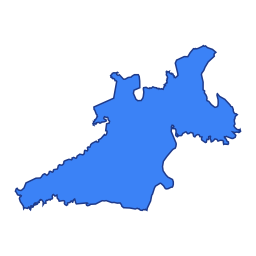 Nanumba South, Northern, Ghana
{"feature_id": "2480657B24752518727633", "entity_name": "Nanumba South", "entity_type": "district", "adm_level": 2, "iso_a3": "GHA", "parent_name": "Ghana", "parent_adm1": "Northern", "projection": "natural_earth1", "projection_center": [0.077, 8.766], "detail": "fine", "context": "isolated", "style": "filled", "palette": "blue", "viewbox_px": 256, "rotation_deg": 0, "n_neighbors": 0, "source": "geoboundaries", "source_scale": "gbopen_adm2", "svg_char_len": 5815}
<svg xmlns="http://www.w3.org/2000/svg" viewBox="0 0 256 256"><path d="M17.1,188.3L16.2,188.9L15.4,191.3L16.4,192.4L17.6,194.8L19.1,195.3L20.4,195.1L21.3,195.7L20.9,196.6L19.8,197.0L19.4,198.7L20.4,201.7L23.3,206.0L23.7,208.7L24.4,207.7L27.5,208.4L28.7,207.0L29.1,207.1L29.2,208.0L30.1,207.9L29.8,209.1L30.5,209.8L31.1,207.4L30.8,206.4L31.0,205.8L32.5,206.0L32.5,207.1L32.8,207.2L33.3,206.6L33.8,204.4L34.6,203.2L36.0,202.8L35.9,203.7L34.6,204.1L34.9,205.0L37.2,204.2L37.9,203.3L38.0,202.2L39.2,202.3L39.0,201.5L39.3,200.9L40.2,200.4L40.1,199.8L40.7,199.5L41.6,199.8L43.2,201.8L43.1,204.8L44.2,203.1L45.9,203.2L45.8,201.1L46.5,200.3L47.3,200.4L49.1,199.4L50.1,200.0L50.4,199.3L52.1,198.9L52.6,197.9L52.2,196.8L52.3,196.0L52.7,194.9L53.5,194.5L55.0,196.1L56.9,195.1L57.3,198.2L58.6,199.6L59.2,201.2L63.2,200.6L64.4,201.0L64.7,202.2L64.3,203.1L64.8,204.3L66.4,205.4L67.6,204.7L67.5,203.0L69.9,202.5L71.1,201.0L71.8,201.0L72.4,202.2L72.8,202.1L73.4,200.0L74.5,199.0L74.9,199.2L74.8,200.3L75.2,200.7L75.6,202.6L76.4,203.9L86.9,202.9L87.5,203.2L86.5,203.7L86.3,204.6L86.7,205.3L87.5,205.7L88.9,205.4L90.2,204.7L90.2,204.3L95.6,204.0L102.1,200.7L104.4,200.9L106.2,200.6L111.9,202.6L114.1,202.4L117.2,203.1L120.2,203.0L121.5,204.9L121.8,206.1L123.6,207.7L129.9,208.0L135.3,209.0L137.2,208.3L138.5,208.9L138.9,208.7L140.3,210.1L140.9,210.2L142.2,210.4L143.3,209.6L145.2,209.8L145.4,209.4L146.9,210.3L147.3,208.1L150.6,201.0L151.7,195.3L152.5,194.1L154.4,188.1L155.5,186.1L160.2,183.2L161.1,183.5L163.6,185.8L165.2,188.4L166.1,188.9L168.0,188.7L171.2,187.2L172.3,187.1L172.8,186.3L173.3,184.5L173.3,181.9L172.5,179.5L167.9,177.1L165.8,174.8L163.1,170.8L162.5,166.6L163.4,161.3L166.9,156.4L172.0,150.3L173.4,149.0L175.2,148.2L175.9,146.4L176.2,144.4L176.1,143.2L171.2,131.5L171.5,127.9L171.3,127.0L172.1,125.2L173.3,125.5L173.9,126.6L173.8,127.0L172.6,127.5L172.8,128.6L175.2,128.8L175.8,129.6L176.1,131.5L175.7,135.0L176.0,135.7L177.3,136.8L177.9,136.4L177.6,134.6L178.6,135.7L181.3,135.6L182.0,135.0L182.7,133.5L185.6,131.9L186.1,131.9L187.6,133.7L188.8,133.6L190.7,132.4L192.9,133.2L193.6,136.1L194.4,136.8L195.0,136.8L195.8,135.5L197.3,134.6L198.7,134.7L199.4,135.3L199.9,136.7L202.0,137.0L201.4,139.0L201.9,140.1L205.4,142.5L206.3,142.2L207.0,139.3L208.6,139.5L208.7,136.6L210.2,136.2L210.5,136.4L210.2,138.7L210.9,140.2L211.1,141.8L211.5,141.9L213.2,140.9L215.0,138.9L217.0,139.5L218.0,141.1L220.2,140.3L222.3,140.4L223.5,141.2L223.3,142.5L223.7,144.4L224.6,144.1L228.0,144.4L228.5,143.7L228.4,141.9L227.0,141.2L226.3,139.4L224.5,137.5L224.5,136.7L225.6,136.9L226.4,136.4L231.5,138.4L232.9,138.5L235.2,137.3L235.8,135.3L232.8,132.0L234.8,132.5L236.4,132.1L239.4,132.3L240.6,131.3L240.1,129.6L239.3,131.2L239.2,129.7L237.2,129.6L234.9,127.5L234.0,126.1L234.0,125.5L235.0,124.0L234.4,121.8L234.3,119.4L234.9,118.8L235.1,117.0L235.7,116.0L237.3,114.7L236.2,113.8L234.9,113.6L233.9,112.6L233.2,110.8L233.3,109.6L232.3,106.9L230.8,106.4L230.0,104.9L224.8,99.3L219.6,96.4L217.4,93.7L217.1,94.0L217.0,95.4L218.1,99.7L218.2,103.2L217.9,105.9L216.8,106.9L214.9,107.4L211.3,104.6L208.8,101.4L207.1,100.7L206.7,99.9L207.0,98.7L206.8,97.0L205.9,94.9L204.4,92.9L204.6,90.9L203.1,89.8L203.1,82.1L201.4,74.6L201.8,73.1L203.7,70.5L205.1,67.1L208.2,61.9L214.3,56.2L214.0,55.1L214.3,53.6L215.9,52.3L212.5,49.4L207.4,47.6L205.5,45.9L204.2,46.3L203.3,45.6L202.4,46.4L197.9,48.5L195.8,48.9L195.3,48.5L194.2,49.0L193.5,48.7L190.2,52.6L187.8,56.7L184.2,56.6L176.6,60.1L175.3,63.1L177.8,73.6L177.9,75.5L176.8,76.5L175.4,77.7L174.7,77.1L174.3,77.3L174.2,75.9L173.4,75.7L173.0,74.1L172.3,73.9L171.8,73.3L171.3,74.0L169.4,72.8L169.5,72.5L169.0,72.1L169.2,71.5L168.5,71.9L166.8,71.4L166.9,72.2L166.3,72.2L166.7,73.0L166.3,74.3L166.5,75.3L167.2,76.0L167.6,77.7L167.1,78.4L167.4,78.7L167.1,79.8L166.6,80.1L167.1,82.1L166.5,82.5L166.8,83.0L164.9,84.3L165.0,85.1L164.6,85.1L164.9,85.4L164.6,85.4L164.5,86.3L164.1,86.4L164.0,87.4L163.0,88.7L163.1,89.3L162.1,89.2L161.6,88.7L160.0,89.1L159.2,88.4L158.2,88.4L158.1,88.7L157.9,88.4L156.8,88.4L156.6,87.8L154.3,87.5L152.9,86.8L151.3,88.2L149.9,87.8L149.6,88.5L147.8,88.3L146.1,87.3L143.6,87.7L143.3,88.8L143.8,92.1L143.3,96.4L142.8,98.1L141.2,100.5L137.8,100.7L135.9,99.2L133.4,93.4L134.0,90.2L139.8,87.7L139.7,81.0L139.2,76.5L138.3,74.7L134.4,74.7L132.2,76.0L131.1,77.1L128.1,77.5L125.3,79.1L123.5,79.2L119.4,74.8L118.0,75.4L116.7,74.5L116.6,73.7L116.9,72.9L117.9,72.7L117.5,72.3L115.9,72.9L113.7,72.8L112.3,73.4L111.6,74.7L110.6,75.5L111.0,76.3L110.9,77.1L111.8,77.2L111.6,77.6L112.9,78.7L113.5,78.4L114.5,79.1L115.1,80.7L116.0,80.7L116.7,81.4L113.7,98.2L93.9,107.0L94.1,109.5L94.8,110.2L96.3,114.2L97.1,114.9L97.0,116.2L97.4,116.5L95.9,119.1L94.7,119.9L94.9,120.5L93.9,121.9L93.6,121.7L93.7,122.4L92.9,123.6L93.3,124.1L93.2,124.9L93.9,125.2L93.6,124.3L94.1,123.7L95.2,123.9L95.7,123.4L95.8,123.7L96.2,123.1L96.4,123.4L96.6,122.9L97.5,122.5L99.1,122.4L99.7,123.1L100.7,123.0L101.4,122.2L104.7,121.7L106.3,120.9L105.8,119.4L104.5,119.4L103.7,118.2L104.5,116.7L106.4,117.4L107.6,117.3L108.1,118.2L108.2,119.7L109.6,121.2L109.1,123.1L106.6,123.8L105.7,130.7L106.8,130.9L107.1,132.0L106.6,133.9L105.9,135.0L104.9,135.2L104.4,134.6L101.1,138.4L98.5,139.9L98.8,140.8L98.5,141.8L97.0,142.1L96.2,141.2L92.1,143.3L90.8,144.5L89.9,147.1L88.9,147.3L88.2,146.9L87.4,147.7L87.9,149.8L87.2,150.9L85.0,150.3L84.5,150.9L84.2,153.7L82.9,154.8L79.8,154.2L77.1,156.1L76.6,157.9L75.9,158.3L73.7,157.4L72.0,158.1L72.1,159.2L71.6,159.8L68.9,159.3L65.1,160.7L64.0,161.4L63.6,163.7L62.5,164.9L61.3,165.2L59.5,164.7L58.3,165.7L57.7,168.3L57.2,169.1L53.9,169.6L53.4,170.2L53.2,171.6L52.3,172.2L50.3,171.3L49.4,171.5L48.7,173.7L46.9,175.3L44.8,173.8L44.1,174.0L42.8,174.8L41.2,177.2L40.2,178.0L35.9,178.2L26.0,182.9L24.0,188.0L21.7,190.1L20.9,190.5L18.3,190.0L17.1,188.3Z" fill="#3b82f6" stroke="#1e3a8a" stroke-width="1.5"/></svg>